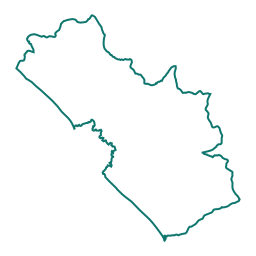 Padang Pariaman, Sumatera Barat, Indonesia (orthographic projection)
{"feature_id": "22746128B3683779023382", "entity_name": "Padang Pariaman", "entity_type": "district", "adm_level": 2, "iso_a3": "IDN", "parent_name": "Indonesia", "parent_adm1": "Sumatera Barat", "projection": "orthographic", "projection_center": [100.243, -0.567], "detail": "fine", "context": "isolated", "style": "outline", "palette": "teal", "viewbox_px": 256, "rotation_deg": 0, "n_neighbors": 0, "source": "geoboundaries", "source_scale": "gbopen_adm2", "svg_char_len": 5759}
<svg xmlns="http://www.w3.org/2000/svg" viewBox="0 0 256 256"><path d="M18.9,62.6L16.4,68.4L20.5,72.1L24.2,76.1L26.1,78.6L26.7,79.0L28.6,80.0L31.9,82.2L36.2,86.3L41.0,90.3L52.1,100.5L57.7,106.5L61.6,111.6L68.4,118.3L70.1,120.4L71.8,123.0L73.2,125.9L74.3,128.7L74.5,128.6L74.3,128.1L74.3,126.7L74.6,126.3L75.3,125.7L76.1,125.4L77.0,125.5L77.1,126.1L77.6,126.1L78.4,125.7L79.2,124.8L79.4,124.9L80.1,125.9L80.9,125.9L81.5,125.6L82.1,124.6L82.5,124.2L86.4,123.0L87.8,122.9L88.1,122.3L88.6,122.0L89.2,122.2L89.6,122.2L89.7,121.9L90.7,121.6L91.2,120.2L91.4,119.8L92.0,119.7L92.6,120.0L93.1,120.7L93.8,121.2L94.3,122.3L94.7,125.2L94.3,126.0L93.2,126.1L93.0,126.3L93.0,126.5L93.3,127.4L93.1,127.7L92.9,127.7L92.7,128.4L92.5,128.5L92.6,130.1L93.6,130.5L94.5,130.3L94.5,130.5L94.9,130.4L95.5,129.6L95.8,129.5L96.6,130.5L98.6,130.7L99.0,130.7L99.6,130.1L100.5,129.8L100.9,129.8L101.6,131.0L101.3,131.7L101.1,131.9L100.7,133.6L101.0,134.8L100.9,135.2L99.5,136.3L99.4,137.0L99.6,137.7L100.5,138.2L102.5,137.6L103.4,138.0L102.3,140.4L103.6,141.3L104.5,140.9L105.1,140.4L105.6,140.4L106.0,140.6L106.1,141.6L106.3,142.0L107.6,143.7L108.1,144.2L108.4,144.1L108.7,144.5L110.3,142.9L110.9,143.2L111.7,143.2L111.8,143.9L111.4,145.3L112.1,145.6L112.4,146.5L112.7,146.6L113.8,146.4L114.6,146.7L114.9,148.0L115.6,149.9L115.5,150.2L114.8,150.3L113.2,151.1L112.4,151.2L112.0,151.0L111.8,151.5L112.2,152.2L113.0,151.9L113.2,152.2L113.1,153.1L112.3,152.7L111.8,152.9L111.5,154.2L111.7,154.9L111.5,155.5L112.8,156.2L113.2,156.6L113.2,156.9L111.9,157.8L111.5,159.2L111.5,161.1L111.0,161.8L111.1,162.7L110.7,163.0L110.2,163.0L109.8,162.7L109.5,162.9L109.7,163.4L110.7,163.8L111.5,164.9L111.6,165.3L111.3,166.4L111.2,166.6L110.1,165.8L108.5,165.7L107.7,165.4L107.1,167.0L106.7,167.2L106.4,167.2L106.0,167.8L105.9,168.7L103.9,171.0L103.3,171.3L103.0,172.1L102.7,172.4L102.7,172.7L103.0,173.2L103.0,173.7L103.2,174.0L104.4,174.0L104.7,174.4L105.1,175.5L105.3,177.0L109.4,181.4L116.2,188.0L117.5,189.7L122.2,194.3L125.2,196.8L131.5,201.6L139.8,210.2L149.3,219.1L153.0,223.3L156.2,227.4L160.0,232.5L162.9,236.6L164.1,239.2L164.2,240.1L164.5,240.6L165.0,240.0L165.7,238.6L165.4,237.6L164.4,236.6L164.3,236.0L164.6,235.7L165.3,235.8L166.0,236.5L166.7,236.6L167.3,235.8L167.8,235.5L169.5,235.7L170.8,235.6L171.6,235.5L172.3,235.2L174.3,235.4L175.0,235.0L176.2,234.6L177.2,234.7L178.3,235.3L178.8,235.2L179.7,234.6L181.2,234.3L182.0,234.0L185.4,233.4L186.6,232.3L188.9,227.5L189.6,226.8L191.4,226.6L195.5,224.1L196.4,223.2L198.4,220.6L200.7,219.4L202.6,218.7L204.0,216.0L204.8,215.2L211.6,212.5L212.3,211.9L213.6,209.8L215.0,209.3L218.0,209.1L220.3,208.5L221.5,207.7L221.7,207.2L222.6,207.4L224.2,207.3L227.6,206.4L231.1,203.9L232.7,203.2L235.0,202.9L237.3,201.7L238.8,201.0L239.6,199.3L239.0,198.9L238.9,198.1L237.8,196.3L235.5,193.9L233.6,190.9L232.6,188.6L232.4,186.6L232.5,182.8L231.3,179.3L231.5,178.3L232.5,175.7L232.3,174.1L232.5,172.9L232.3,171.8L226.5,168.2L226.1,167.5L226.0,166.7L226.3,165.4L226.3,164.1L226.6,163.2L227.7,161.7L228.0,160.9L227.5,159.9L227.2,159.7L224.8,159.0L222.6,157.9L221.3,156.1L219.3,155.1L218.5,155.0L217.6,155.5L216.5,155.3L215.3,155.5L214.6,155.3L213.8,155.9L212.9,157.1L212.6,157.2L211.5,156.4L209.9,156.0L207.8,155.2L207.2,154.7L206.6,154.7L205.7,154.2L205.2,154.2L204.4,154.0L203.9,153.7L203.6,153.2L202.6,152.8L202.6,152.5L202.8,152.4L204.3,152.2L210.5,150.6L212.9,149.5L216.4,146.6L216.7,145.7L218.2,144.5L218.8,144.3L220.6,144.2L221.5,143.2L221.6,142.7L221.7,137.9L222.2,136.0L222.1,135.2L220.7,132.6L220.4,131.1L220.1,130.7L219.7,128.8L219.3,127.8L218.1,126.6L217.5,126.2L216.7,126.3L215.1,127.1L213.7,127.5L212.9,127.4L212.0,126.6L211.5,124.7L210.8,122.7L208.7,119.6L208.0,118.1L207.8,116.9L208.4,114.6L208.5,113.6L208.3,112.9L207.0,111.1L206.0,110.2L205.7,109.5L205.6,109.0L206.1,107.4L207.1,106.0L207.8,104.2L207.4,101.2L208.0,98.8L210.3,94.0L208.8,93.8L208.0,93.3L205.0,93.7L203.3,94.2L202.9,94.0L200.6,91.2L200.3,91.1L199.3,91.2L195.6,94.2L193.7,93.9L192.3,92.9L189.3,92.1L187.4,92.2L185.8,92.9L184.5,92.6L183.5,92.9L182.8,92.9L180.7,90.0L179.5,89.0L177.8,88.4L177.0,86.2L176.6,82.8L176.1,81.7L176.0,80.0L175.0,77.1L174.6,74.3L174.7,72.0L175.2,70.7L175.8,68.1L175.6,66.1L174.1,66.1L171.4,67.4L168.5,71.4L168.4,71.9L166.8,73.8L165.4,76.0L164.0,77.2L163.1,78.4L161.9,80.8L161.6,80.6L161.0,80.6L160.2,81.4L159.8,81.5L159.4,81.8L158.6,81.8L157.8,82.2L156.8,82.9L156.7,83.3L156.0,83.3L156.0,83.8L155.8,84.1L152.6,85.2L151.1,85.2L149.3,84.4L147.5,83.9L147.4,83.7L145.7,83.9L144.5,83.4L144.3,83.1L144.4,79.9L143.7,78.6L141.9,76.4L140.8,74.8L139.9,74.6L138.8,74.6L136.8,73.6L135.5,73.6L134.8,72.4L133.9,70.3L133.4,69.9L132.8,69.1L131.6,68.4L130.6,67.4L130.4,66.6L130.5,65.7L131.9,62.2L131.8,61.2L131.2,59.7L129.8,59.1L129.0,59.6L127.9,59.6L127.0,59.6L125.3,59.0L123.3,60.0L121.5,59.5L120.6,59.9L119.6,59.4L118.3,59.5L115.2,58.1L114.2,57.0L112.9,56.8L111.5,55.0L110.7,55.0L108.8,52.5L106.7,51.3L104.6,48.6L103.8,46.1L103.6,43.2L103.7,41.2L104.0,38.5L104.9,35.0L103.6,33.7L102.0,29.6L101.4,27.0L99.4,24.3L95.0,17.0L92.6,15.4L91.6,15.5L89.4,18.9L88.2,19.2L87.6,20.5L85.7,22.0L80.8,22.6L78.4,22.3L77.5,21.9L76.9,21.4L75.6,19.7L72.9,19.1L71.4,19.2L67.7,19.9L63.6,21.2L61.1,23.8L60.3,27.1L59.2,29.9L56.8,31.6L55.3,33.2L55.4,33.7L55.3,34.5L55.8,35.4L55.3,36.6L54.2,37.0L51.4,36.4L49.3,36.2L47.2,37.3L46.7,37.4L46.2,37.3L44.0,36.0L43.1,36.1L41.6,36.7L36.4,34.7L33.9,34.2L30.6,34.9L28.2,36.6L28.0,37.3L27.3,38.1L27.0,38.9L27.3,39.5L27.3,40.1L28.1,41.5L29.1,41.5L29.3,41.9L29.1,43.0L29.8,43.8L30.8,43.9L31.2,44.4L31.4,45.5L31.9,46.6L33.4,49.6L33.6,52.2L31.0,51.4L30.1,51.0L28.6,50.7L27.3,51.0L26.6,52.4L25.9,52.7L25.1,54.1L24.5,54.5L24.5,55.6L24.8,56.1L24.8,56.9L24.4,59.6L23.6,60.6L21.5,60.7L20.1,61.0L18.9,62.6Z" fill="none" stroke="#0f766e" stroke-width="2"/></svg>